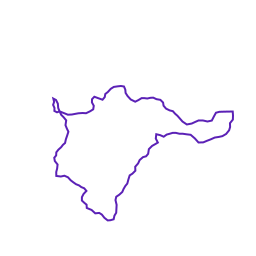 São João da Mata, Minas Gerais, Brazil, rotated 135°
{"feature_id": "56859067B6905454256103", "entity_name": "São João da Mata", "entity_type": "district", "adm_level": 2, "iso_a3": "BRA", "parent_name": "Brazil", "parent_adm1": "Minas Gerais", "projection": "orthographic", "projection_center": [-45.93, -21.948], "detail": "fine", "context": "isolated", "style": "outline", "palette": "violet", "viewbox_px": 256, "rotation_deg": 135, "n_neighbors": 0, "source": "geoboundaries", "source_scale": "gbopen_adm2", "svg_char_len": 2039}
<svg xmlns="http://www.w3.org/2000/svg" viewBox="0 0 256 256"><g transform="rotate(135 128 128)"><path d="M164.6,188.1L165.9,184.6L165.9,181.1L166.3,177.1L170.2,174.2L171.6,170.9L172.8,167.5L176.3,165.7L180.0,163.9L183.1,161.9L185.9,162.1L188.9,161.7L192.5,161.9L195.9,161.5L198.2,159.4L201.2,159.1L203.1,156.4L203.6,152.0L206.7,149.5L209.9,147.6L212.6,144.8L209.8,141.2L206.7,139.2L205.3,135.6L205.5,131.6L205.1,128.5L204.5,125.0L203.2,122.0L202.8,119.2L201.6,116.4L201.9,112.9L206.0,112.8L209.5,111.7L211.9,109.3L211.8,106.0L211.5,103.1L213.7,100.6L211.7,95.8L211.5,90.8L208.4,88.3L207.7,85.3L208.2,81.2L207.7,77.0L205.6,75.2L202.7,73.6L199.6,75.6L196.3,76.4L193.5,78.9L190.4,81.7L187.8,85.9L184.9,87.7L181.4,87.0L177.3,86.8L174.3,88.0L170.9,88.9L167.8,89.2L164.0,91.4L160.3,93.3L157.2,92.6L153.0,92.6L150.3,95.5L145.9,95.8L142.4,97.1L138.0,96.8L135.2,95.2L132.0,95.5L128.2,98.3L123.6,98.3L120.0,97.3L117.2,96.6L115.8,100.9L112.4,103.6L110.3,100.2L108.9,96.6L105.3,96.0L102.5,94.4L99.9,93.0L97.6,90.7L95.7,87.6L93.4,85.3L91.1,82.2L88.5,78.9L88.1,73.4L88.4,67.9L84.9,64.6L81.4,63.2L77.6,61.5L73.4,59.9L70.0,57.4L67.0,55.5L62.8,54.4L58.1,54.9L55.1,56.5L52.5,59.3L47.9,59.8L44.9,62.6L42.3,65.6L45.6,68.8L48.3,71.4L51.9,74.8L55.0,76.6L58.8,75.5L63.5,74.0L67.2,76.4L69.6,80.2L72.7,83.4L76.0,84.7L79.8,86.1L83.9,88.9L84.9,94.0L84.6,98.5L84.4,101.7L84.6,104.9L84.4,108.2L86.1,111.0L87.4,114.8L87.1,118.6L85.2,121.2L85.2,125.0L87.5,128.3L88.7,131.6L90.8,133.5L93.5,135.2L95.2,137.4L97.3,139.5L101.0,140.4L104.3,141.5L105.9,146.2L105.7,150.9L104.9,154.5L102.8,157.0L101.5,160.2L103.3,162.7L105.9,164.8L109.0,167.1L112.5,167.9L116.9,167.7L120.0,168.1L122.6,166.3L126.0,166.0L128.0,170.2L129.7,173.9L133.1,173.8L135.4,171.6L136.5,167.9L139.4,165.8L142.9,166.6L147.2,168.1L149.5,170.7L152.7,173.5L155.6,175.5L158.1,177.2L161.1,179.9L162.8,183.9L164.6,188.1ZM160.0,201.6L161.8,198.7L164.6,197.3L165.8,194.2L168.0,192.1L167.1,189.3L164.6,188.1L163.2,191.5L160.4,194.8L159.1,198.7L160.0,201.6Z" fill="none" stroke="#5b21b6" stroke-width="2"/></g></svg>